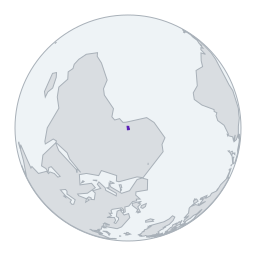 globe centered on Donga, rotated 177°
{"feature_id": "BEN-2182", "entity_name": "Donga", "entity_type": "Department", "adm_level": 1, "iso_a3": "BEN", "parent_name": "Benin", "parent_adm1": "", "projection": "orthographic", "projection_center": [1.891, 9.258], "detail": "fine", "context": "on_globe", "style": "filled", "palette": "violet", "viewbox_px": 256, "rotation_deg": 177, "n_neighbors": 0, "source": "natural_earth", "source_scale": "10m", "svg_char_len": 8532}
<svg xmlns="http://www.w3.org/2000/svg" viewBox="0 0 256 256"><g transform="rotate(177 128 128)"><circle cx="128" cy="128" r="113" fill="#eef3f6" stroke="#a8b0b8"/><path d="M89.6,22.1L87.5,22.9L89.5,22.2L86.3,23.6L87.4,23.4L84.9,24.5L88.0,23.5L90.0,22.6L92.1,21.9L92.9,21.8L89.9,23.0L89.0,23.3L88.6,23.6L86.7,24.3L88.1,23.9L84.4,25.6L89.3,23.9L87.3,25.2L84.5,26.4L83.2,26.3L73.5,29.9L70.3,31.7L67.0,34.0L64.0,37.8L61.0,40.0L58.2,43.0L60.5,41.5L63.5,38.8L67.1,37.3L70.5,34.5L72.4,33.6L76.5,31.0L77.5,31.5L76.3,33.5L73.0,35.8L72.4,36.8L76.9,35.0L72.0,39.9L71.1,44.7L69.7,46.2L64.4,48.0L61.1,46.8L54.3,50.6L60.3,48.4L56.6,52.7L56.7,53.7L57.9,53.8L59.9,52.4L59.0,54.1L52.7,56.5L53.4,55.0L55.4,54.1L53.8,53.8L49.5,56.0L48.0,58.4L43.2,60.3L42.0,62.1L40.3,63.8L42.5,60.7L38.5,66.5L32.6,71.8L27.0,82.9L30.7,73.7L30.9,72.2L30.6,71.7L29.7,73.5L30.5,71.5L35.2,64.1L40.4,57.1L46.2,50.6L52.4,44.5L59.1,38.9L66.3,33.8L73.7,29.3L81.5,25.4L89.6,22.1ZM21.7,90.8L22.9,87.5L23.2,87.5L19.7,97.3L19.7,100.2L17.8,107.9L17.3,112.5L18.2,112.1L18.8,114.8L20.4,110.7L22.5,109.0L21.3,115.5L23.4,110.1L23.9,113.7L28.7,115.2L28.0,116.5L31.9,125.7L38.0,130.7L39.4,135.8L38.5,138.6L41.1,140.0L41.1,141.9L52.9,147.0L60.3,153.0L61.0,159.7L56.6,166.5L57.0,181.9L50.3,185.4L51.4,191.4L51.2,199.2L46.8,197.5L51.1,202.3L51.0,204.4L49.0,203.8L51.2,206.8L49.8,206.4L52.6,208.8L54.3,211.9L58.4,215.3L60.6,217.8L63.3,219.8L62.7,219.5L63.1,219.9L64.5,220.9L60.9,218.4L55.4,214.1L53.4,212.2L52.5,211.5L47.8,206.5L48.3,207.3L41.1,198.8L36.9,192.0L27.1,170.8L25.0,166.1L21.4,159.8L16.8,142.0L16.7,135.8L16.3,132.3L17.7,124.0L18.2,115.0L18.0,113.4L17.1,116.3L17.1,109.6L18.4,102.6L19.0,99.7L21.7,90.8ZM25.3,86.5L25.5,93.6L23.8,93.3L24.4,92.5L24.7,89.8L24.7,87.1L23.6,87.5L25.3,86.5ZM28.9,81.2L28.7,80.5L29.1,80.7L28.9,81.2ZM75.6,31.0L76.0,31.0L75.1,31.4L75.6,31.0ZM77.0,29.9L75.6,30.4L76.0,30.0L76.9,29.7L77.0,29.9ZM78.6,29.4L77.0,29.3L77.8,28.6L81.8,26.9L78.6,29.4ZM90.3,22.4L88.2,23.3L89.2,22.6L90.3,22.4ZM93.9,20.6L93.5,20.8L96.0,20.0L98.0,19.4L99.2,19.1L97.4,19.7L94.7,20.5L97.4,19.8L90.5,22.1L90.7,21.7L93.9,20.6ZM93.0,21.6L92.7,21.5L95.8,20.5L96.9,20.4L95.5,20.8L93.0,21.6ZM102.9,18.2L99.6,19.0L98.8,19.2L102.9,18.2ZM95.3,21.0L97.4,20.5L96.7,21.0L93.4,21.7L95.3,21.0ZM96.1,20.2L97.6,19.8L97.2,20.0L96.1,20.2ZM95.5,22.9L95.0,22.6L96.6,21.9L95.5,22.9ZM98.2,20.3L98.5,20.2L99.0,19.9L100.3,19.8L98.2,20.3ZM101.3,18.7L101.6,18.7L103.0,18.2L104.6,18.0L101.6,18.8L103.6,18.3L104.1,18.3L101.1,19.0L101.3,18.7ZM103.3,19.0L100.0,20.2L100.4,20.8L99.0,21.3L98.6,20.3L103.3,19.0ZM102.2,18.9L102.5,19.0L100.6,19.5L99.3,19.7L102.2,18.9ZM106.7,17.6L105.1,17.7L105.8,17.6L106.7,17.6ZM103.7,19.0L104.5,18.8L104.0,19.0L103.7,19.0ZM106.2,17.9L105.6,17.9L106.4,17.7L106.2,17.9ZM106.6,18.3L105.6,18.6L104.6,18.7L106.6,18.3ZM106.8,18.0L108.0,17.8L104.9,18.5L106.3,18.0L106.8,18.0ZM107.1,17.7L107.4,17.6L107.1,17.7ZM110.9,17.9L107.2,18.9L105.0,19.0L109.0,18.0L110.9,17.9ZM68.2,223.2L61.8,219.1L64.8,221.1L63.6,220.0L68.1,222.8L68.2,223.2ZM66.0,220.5L66.5,220.1L67.6,220.8L67.4,221.2L66.0,220.5ZM236.1,96.2L236.2,96.6L234.9,92.5L231.9,85.1L232.4,88.7L234.1,101.0L236.4,111.7L236.1,117.0L230.8,102.9L227.0,93.1L226.0,94.6L219.8,87.3L211.6,89.0L209.7,86.6L208.3,88.2L203.9,86.4L200.6,82.6L198.3,83.3L206.7,93.4L209.1,92.7L210.1,88.0L212.1,91.8L216.3,94.7L214.4,105.4L201.0,116.9L198.4,109.1L181.8,89.2L181.6,86.7L181.4,86.5L181.2,86.0L180.9,90.0L177.6,86.2L187.9,100.1L190.1,106.5L200.8,117.4L200.1,118.8L203.2,120.9L211.4,116.4L211.7,119.1L208.6,132.4L196.0,151.4L197.0,162.7L194.9,172.5L185.6,179.9L184.8,187.2L179.8,190.3L178.4,194.4L173.5,199.2L165.8,203.8L154.5,204.8L155.0,201.2L151.1,194.3L146.3,177.0L150.4,168.5L149.9,162.1L141.5,148.1L143.5,140.0L140.9,136.7L135.9,137.8L132.8,133.9L129.6,133.9L108.8,137.4L101.7,132.2L91.6,116.3L94.9,109.8L94.2,102.5L115.6,77.6L121.5,78.7L139.9,74.8L142.4,75.6L141.8,81.1L156.8,86.9L159.8,82.0L171.9,84.8L179.0,84.0L178.9,73.7L167.3,74.7L163.8,70.1L171.9,65.0L181.8,64.7L180.8,63.0L173.2,59.5L174.2,56.1L170.5,58.2L173.0,59.8L170.7,61.3L168.3,59.9L168.7,58.6L165.4,58.2L164.1,64.8L166.5,67.2L158.4,69.1L161.6,73.4L159.9,75.7L153.9,69.4L153.5,66.9L143.3,60.8L143.0,63.4L152.6,69.6L150.2,69.2L149.8,73.4L148.2,70.0L137.8,63.1L129.7,65.3L121.6,76.1L116.5,77.3L111.1,75.5L111.9,65.1L123.4,63.8L123.8,60.6L119.6,56.4L123.4,56.5L123.1,54.8L127.3,54.3L131.3,50.0L135.3,49.3L135.1,44.4L137.1,43.6L136.6,46.6L138.4,48.6L148.0,47.6L149.3,46.5L148.4,43.5L151.2,43.9L149.1,41.2L153.7,39.7L146.3,39.4L145.1,36.5L146.9,34.1L145.2,33.3L142.2,37.1L142.2,38.8L144.3,40.3L143.2,45.5L140.3,46.6L136.4,41.3L131.9,42.5L130.9,38.4L139.6,29.6L144.1,28.0L155.3,30.7L155.2,32.4L151.2,32.1L156.6,34.7L155.4,33.3L157.6,33.8L157.0,31.6L158.6,31.8L155.3,29.5L157.2,29.5L159.2,31.0L159.9,28.4L163.4,28.3L162.8,27.6L161.1,26.9L166.6,27.5L165.9,27.0L163.8,26.6L161.1,25.4L158.5,23.6L160.5,23.9L161.7,24.6L167.4,26.7L170.3,28.7L170.9,28.7L168.8,27.1L161.9,24.5L159.8,23.4L163.1,24.4L161.7,23.9L161.2,23.5L162.7,23.4L159.1,22.3L151.4,18.5L153.5,18.5L157.3,19.6L154.3,18.5L161.9,20.6L169.3,23.2L176.6,26.4L183.5,30.0L190.3,34.1L196.7,38.7L202.7,43.7L208.4,49.2L213.8,55.0L218.6,61.1L223.1,67.6L227.1,74.4L230.6,81.5L233.6,88.8L236.1,96.2ZM109.9,90.0L109.7,92.2L109.9,90.0ZM193.6,69.9L198.7,69.7L194.2,63.9L195.8,63.4L193.7,61.7L193.9,63.5L188.3,59.0L189.7,57.0L188.0,54.7L186.2,54.7L184.5,59.1L192.4,65.3L192.2,68.0L193.6,69.9ZM28.9,115.2L29.3,116.6L28.5,116.4L28.9,115.2ZM22.7,95.8L23.2,96.3L23.1,97.4L22.6,97.5L22.7,95.8ZM28.3,98.8L29.2,99.8L27.9,99.9L28.3,98.8ZM25.7,94.5L27.6,98.3L25.2,99.4L24.1,97.1L25.3,97.1L25.7,94.5ZM27.0,84.5L27.1,85.2L26.5,86.3L27.0,84.5ZM29.2,81.4L29.3,80.4L29.2,81.4ZM57.0,52.6L57.5,52.4L58.3,52.9L57.2,53.4L57.0,52.6ZM66.4,51.5L64.7,54.3L65.1,52.5L63.2,53.5L61.8,51.3L68.9,46.8L65.9,49.1L66.4,51.5ZM61.8,47.6L61.9,49.2L61.5,47.7L61.8,47.6ZM117.4,47.0L119.4,47.8L118.7,49.8L113.7,51.6L114.7,48.7L117.4,47.0ZM122.4,48.7L120.0,43.5L123.0,42.5L121.7,43.9L124.0,43.7L122.5,46.0L127.8,50.5L127.5,52.6L118.4,54.1L121.5,52.3L119.4,51.5L122.4,48.7ZM108.5,34.9L107.5,33.5L115.3,33.0L115.3,34.5L110.4,36.1L107.4,35.3L108.5,34.9ZM85.9,26.9L85.0,27.0L85.8,26.5L87.3,26.1L85.9,26.9ZM95.1,22.8L90.7,26.4L89.4,26.6L88.3,28.9L84.6,30.4L85.4,28.7L81.7,31.8L81.0,30.9L78.8,33.1L81.1,29.3L80.3,28.9L82.6,28.7L86.1,27.3L87.3,26.6L90.3,24.4L90.2,23.2L93.7,21.9L96.1,21.4L96.6,21.4L94.2,22.2L96.6,21.8L93.6,22.9L95.1,22.8ZM122.5,19.8L119.5,19.9L123.8,20.8L120.8,21.3L121.5,21.4L119.9,22.2L119.2,23.5L117.6,23.7L118.0,24.1L116.9,24.8L116.9,25.5L114.1,26.2L113.9,27.2L112.6,27.0L113.0,28.6L111.5,27.7L110.0,28.8L112.3,29.1L96.9,32.5L91.6,35.1L88.1,38.0L85.9,36.6L87.8,33.2L91.9,29.5L97.2,27.3L95.2,27.3L97.2,26.3L98.0,26.8L98.0,25.5L99.9,24.9L103.5,22.6L102.4,21.6L103.7,20.8L105.1,21.0L105.4,20.2L108.8,20.0L109.8,19.5L114.2,19.1L116.2,19.8L117.1,19.3L120.5,19.1L122.5,19.8ZM112.1,17.8L115.2,18.2L115.0,18.8L107.5,19.4L106.1,19.8L101.3,20.6L101.7,19.8L103.0,19.6L104.4,19.3L103.7,19.7L105.3,19.1L107.2,18.9L108.9,18.5L109.5,18.7L112.1,17.8ZM144.4,73.4L146.2,73.5L148.9,73.0L148.7,75.8L144.4,73.4ZM137.3,68.7L138.8,68.3L139.8,71.7L137.9,71.7L137.3,68.7ZM138.8,65.3L138.8,68.0L137.7,66.6L138.8,65.3ZM137.9,46.1L139.4,45.6L139.9,46.3L139.5,47.4L137.9,46.1ZM134.8,23.8L133.1,23.4L133.3,23.1L131.0,21.9L133.1,21.5L135.3,22.2L134.8,23.8ZM177.4,75.6L175.9,77.7L174.6,76.9L175.4,76.3L177.4,75.6ZM162.0,76.8L165.9,77.8L161.9,77.5L162.0,76.8ZM136.6,23.2L135.4,22.6L137.2,22.8L136.6,23.2ZM134.5,21.2L136.4,21.3L133.1,21.3L134.5,21.2ZM196.6,216.1L195.7,217.1L194.9,217.5L196.6,216.1ZM209.5,168.8L200.5,186.5L196.5,187.1L197.0,182.4L201.1,171.9L206.2,168.2L209.0,163.2L209.5,168.8ZM236.7,112.7L238.1,118.7L237.8,120.0L236.7,112.7ZM152.5,21.8L153.4,23.7L155.4,25.3L158.7,26.4L154.5,25.9L151.4,23.3L152.5,21.8ZM151.4,18.8L148.5,18.2L149.4,18.2L150.2,18.3L151.4,18.8ZM149.8,18.6L146.9,18.4L145.1,17.9L147.8,18.1L149.8,18.6ZM141.9,20.2L142.0,20.7L140.5,20.5L141.9,20.2Z" fill="#d9dde1" stroke="#a8b0b8" stroke-width="1"/><path d="M127.0,127.6L126.9,127.5L126.9,127.4L127.0,127.3L127.0,127.2L126.9,127.1L126.9,126.8L126.9,126.6L127.0,126.6L127.3,126.6L127.5,126.6L127.8,126.5L128.4,126.5L128.4,126.8L128.4,127.0L128.5,127.1L128.4,127.7L128.4,127.8L128.2,127.8L128.2,128.0L128.2,128.3L128.3,128.3L128.3,128.5L128.3,128.8L128.6,128.9L128.6,129.0L128.6,129.4L128.6,129.5L128.4,129.5L128.2,129.5L128.2,129.4L127.9,129.3L127.7,129.3L127.4,129.3L127.4,129.1L127.4,128.9L127.4,128.7L127.4,128.4L127.4,128.2L127.1,127.9L127.0,127.6L127.0,127.6Z" fill="#8b5cf6" stroke="#5b21b6" stroke-width="1.5"/></g></svg>